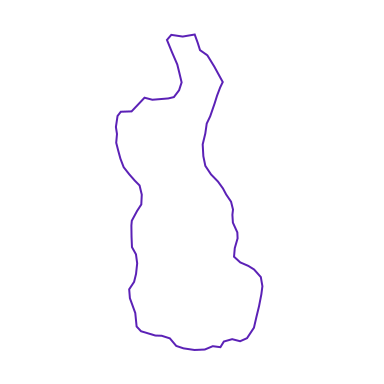 Sygkrasi, Cyprus, rotated 11°
{"feature_id": "46923920B94821377513364", "entity_name": "Sygkrasi", "entity_type": "district", "adm_level": 2, "iso_a3": "CYP", "parent_name": "Cyprus", "parent_adm1": "", "projection": "mercator", "projection_center": [33.851, 35.292], "detail": "fine", "context": "isolated", "style": "outline", "palette": "violet", "viewbox_px": 384, "rotation_deg": 11, "n_neighbors": 0, "source": "geoboundaries", "source_scale": "gbopen_adm2", "svg_char_len": 1240}
<svg xmlns="http://www.w3.org/2000/svg" viewBox="0 0 384 384"><g transform="rotate(11 192 192)"><path d="M164.6,36.9L153.2,41.2L141.7,41.7L138.4,47.5L145.6,58.5L153.2,69.6L157.0,77.8L160.9,86.4L159.9,94.6L156.1,102.3L150.8,104.7L135.5,109.0L127.4,108.5L123.1,115.3L117.3,124.4L106.8,126.8L104.4,131.6L104.9,142.7L107.3,149.4L108.2,158.1L111.6,165.3L115.4,173.0L120.2,180.7L126.9,186.5L133.6,191.7L139.3,195.6L143.2,204.2L144.6,213.9L141.7,221.1L138.4,231.7L138.9,236.5L141.2,247.5L143.6,257.6L148.9,263.9L151.8,272.5L152.7,283.1L152.3,291.3L148.9,299.5L151.3,308.1L159.4,321.6L163.3,334.6L168.5,338.4L183.4,339.9L189.6,338.9L198.2,339.9L205.9,346.1L213.5,347.1L224.6,346.6L234.6,344.2L241.8,339.4L249.5,338.9L251.8,332.7L259.5,328.8L267.7,329.3L273.9,325.0L278.7,313.4L279.1,301.9L279.6,291.3L279.6,279.3L279.1,271.1L275.8,262.4L267.7,256.2L261.4,253.8L252.8,251.9L245.6,247.5L244.7,238.9L245.6,228.8L244.2,223.0L238.0,214.3L236.0,206.7L235.6,201.4L232.2,194.1L226.0,187.9L221.7,182.6L215.5,176.8L207.3,171.1L200.1,163.8L196.3,154.7L193.4,143.2L193.9,132.1L193.4,122.0L195.4,114.3L197.3,100.8L198.2,92.7L199.7,84.0L201.2,78.2L190.0,64.7L181.0,54.9L172.8,51.2L169.1,44.4L164.6,36.9Z" fill="none" stroke="#5b21b6" stroke-width="2"/></g></svg>